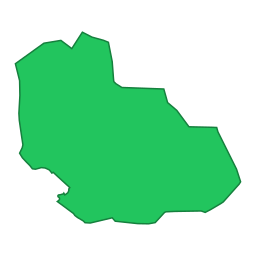 the district of Tai, Rivers, Nigeria
{"feature_id": "59680162B30773772502776", "entity_name": "Tai", "entity_type": "district", "adm_level": 2, "iso_a3": "NGA", "parent_name": "Nigeria", "parent_adm1": "Rivers", "projection": "albers", "projection_center": [7.245, 4.762], "detail": "fine", "context": "isolated", "style": "filled", "palette": "green", "viewbox_px": 256, "rotation_deg": 0, "n_neighbors": 0, "source": "geoboundaries", "source_scale": "gbopen_adm2", "svg_char_len": 1106}
<svg xmlns="http://www.w3.org/2000/svg" viewBox="0 0 256 256"><path d="M85.0,222.7L90.3,223.0L112.2,217.8L115.2,221.2L137.6,223.6L148.6,223.8L155.2,222.6L164.5,212.5L165.6,211.9L166.1,211.8L174.8,211.4L199.1,211.0L201.3,211.0L205.2,212.4L210.4,209.7L221.2,203.3L223.3,201.9L238.8,184.5L239.1,184.2L240.6,181.8L236.5,169.1L217.9,131.8L216.7,127.5L211.9,127.3L189.3,126.8L188.8,126.6L176.8,110.4L167.6,102.6L163.8,89.0L121.9,87.5L116.5,84.1L116.1,83.9L113.8,81.6L113.5,78.7L112.2,61.6L108.4,42.3L103.5,40.3L91.9,37.1L82.4,32.2L82.3,32.3L71.8,48.6L60.9,40.4L43.9,43.2L15.4,63.7L19.6,80.7L19.9,95.4L18.9,113.3L19.3,120.3L21.5,135.6L22.3,140.8L22.9,144.8L22.2,147.8L19.6,153.2L22.4,157.8L26.6,162.3L29.8,165.5L32.4,168.8L35.5,169.2L41.3,167.6L45.1,168.0L47.4,169.0L49.4,170.0L51.9,173.1L53.2,172.3L57.9,176.7L69.8,187.6L68.8,189.0L68.8,190.5L67.9,192.7L65.9,194.2L64.8,194.9L63.8,193.1L63.3,193.9L61.7,194.3L60.9,194.6L58.4,195.0L57.9,195.7L58.0,196.7L59.3,197.6L59.6,199.1L58.8,200.4L57.3,201.5L73.5,213.5L74.9,215.5L77.5,217.5L83.4,221.0L85.0,222.7Z" fill="#22c55e" stroke="#15803d" stroke-width="1.5"/></svg>